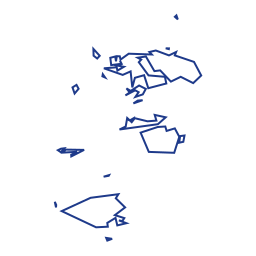 Raja Ampat, Papua Barat, Indonesia (Albers equal-area conic projection)
{"feature_id": "22746128B90221566890304", "entity_name": "Raja Ampat", "entity_type": "district", "adm_level": 2, "iso_a3": "IDN", "parent_name": "Indonesia", "parent_adm1": "Papua Barat", "projection": "albers", "projection_center": [130.461, -0.827], "detail": "medium", "context": "isolated", "style": "outline", "palette": "blue", "viewbox_px": 256, "rotation_deg": 0, "n_neighbors": 0, "source": "geoboundaries", "source_scale": "gbopen_adm2", "svg_char_len": 1839}
<svg xmlns="http://www.w3.org/2000/svg" viewBox="0 0 256 256"><path d="M141.2,59.6L137.7,57.7L145.9,56.5L154.4,71.1L160.2,70.4L170.9,81.6L180.7,76.8L193.2,83.1L201.2,75.5L194.0,61.9L174.8,55.4L176.1,52.0L169.0,55.4L155.8,50.5L149.4,52.0L151.8,54.5L128.7,53.7L120.5,59.6L119.8,56.3L116.8,56.2L116.0,61.3L115.2,56.5L110.3,57.8L111.2,65.1L121.2,63.8L120.0,60.7L121.7,64.0L117.5,65.6L123.9,66.8L117.4,70.6L116.7,67.3L103.9,68.3L122.7,74.9L130.6,71.4L132.3,87.4L134.9,77.8L144.1,75.2L148.3,88.2L166.3,83.5L164.9,76.8L148.5,75.4L138.8,62.2L141.2,59.6ZM118.4,194.2L90.6,197.8L61.7,211.1L96.1,227.3L107.8,226.7L107.3,222.9L115.5,217.9L117.3,225.4L126.4,223.2L118.9,220.4L122.4,221.0L124.3,218.1L114.9,215.1L125.1,207.4L115.8,198.3L118.4,194.2ZM174.2,152.8L179.3,136.8L174.8,128.4L166.6,130.9L165.3,126.5L157.7,127.0L140.6,132.6L148.8,151.9L174.2,152.8ZM165.7,117.3L154.7,114.9L156.4,120.6L147.5,121.3L134.8,118.2L131.7,122.2L127.2,118.0L125.7,126.5L119.5,129.5L157.9,124.2L165.7,117.3ZM139.1,85.5L130.7,90.9L126.5,88.4L129.7,92.5L125.4,95.4L135.2,90.3L138.6,92.2L135.4,96.9L142.8,94.4L145.8,88.9L139.1,85.5ZM84.1,149.9L65.7,149.6L63.0,152.6L77.1,151.8L71.2,154.8L71.3,156.4L84.1,149.9ZM76.5,84.9L72.5,87.4L74.6,93.5L78.6,88.8L76.5,84.9ZM179.2,142.7L183.3,141.8L184.5,135.5L180.1,136.1L179.2,142.7ZM99.7,55.8L93.4,48.9L93.6,55.7L97.2,58.5L99.7,55.8ZM64.3,148.3L61.0,148.7L57.9,150.2L60.8,152.2L64.3,148.3ZM177.8,19.4L176.4,15.4L174.9,16.8L177.8,19.4ZM142.6,100.2L137.7,100.6L133.4,103.4L142.6,100.2ZM105.1,77.5L102.8,74.2L102.4,76.3L105.1,77.5ZM106.2,237.9L107.3,240.6L111.4,239.1L111.3,238.7L106.2,237.9ZM56.2,204.9L54.8,201.8L56.0,207.4L56.2,204.9ZM133.3,118.4L129.9,120.4L132.2,121.1L133.3,118.4ZM165.7,48.3L168.8,49.1L168.9,48.4L165.7,48.3ZM103.6,176.7L108.7,175.8L109.1,175.1L103.6,176.7Z" fill="none" stroke="#1e3a8a" stroke-width="2"/></svg>